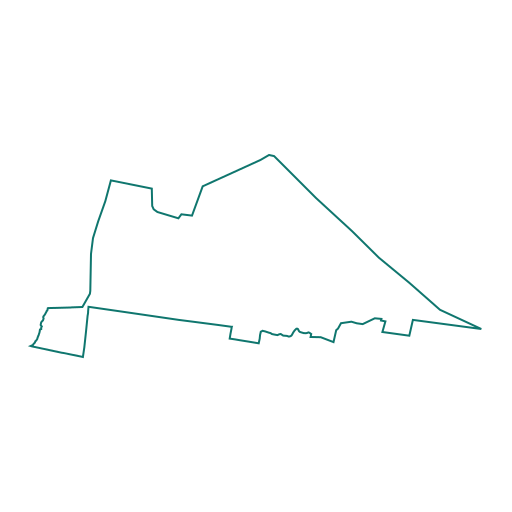 outline of Santa María Coyotepec, Oaxaca, Mexico
{"feature_id": "50627088B52914360802824", "entity_name": "Santa María Coyotepec", "entity_type": "district", "adm_level": 2, "iso_a3": "MEX", "parent_name": "Mexico", "parent_adm1": "Oaxaca", "projection": "mercator", "projection_center": [-96.717, 16.972], "detail": "fine", "context": "isolated", "style": "outline", "palette": "teal", "viewbox_px": 512, "rotation_deg": 0, "n_neighbors": 0, "source": "geoboundaries", "source_scale": "gbopen_adm2", "svg_char_len": 2181}
<svg xmlns="http://www.w3.org/2000/svg" viewBox="0 0 512 512"><path d="M84.3,347.5L86.0,331.7L87.6,315.7L87.9,314.1L88.0,313.2L88.1,312.5L88.1,311.5L88.5,306.8L95.5,307.8L124.6,312.0L178.8,319.9L192.9,321.7L217.6,324.9L231.5,326.8L231.8,326.8L231.7,327.1L231.4,329.1L230.5,333.7L229.7,338.6L235.1,339.4L239.7,340.2L248.5,341.6L258.7,343.3L259.7,338.7L259.8,337.5L260.0,335.7L260.0,335.3L260.8,331.7L261.5,331.4L262.4,330.9L262.5,330.8L264.7,331.3L265.1,331.4L266.6,331.9L269.0,332.7L270.6,333.1L271.4,333.7L271.6,333.9L272.2,334.1L274.1,334.5L275.7,334.8L277.5,335.1L279.2,334.3L280.7,334.0L283.2,335.6L286.9,335.9L288.9,336.6L290.5,336.2L290.8,336.0L291.4,335.6L292.1,334.6L292.5,333.8L293.2,332.5L294.6,330.5L296.3,328.8L297.0,328.6L298.0,329.1L298.4,330.0L299.0,331.1L299.7,331.8L300.4,332.1L301.0,332.3L303.7,333.1L305.9,333.2L307.0,333.0L308.4,332.4L309.3,332.7L311.2,334.0L310.6,337.0L320.7,337.2L333.5,342.1L336.2,330.2L338.0,328.6L341.0,323.2L351.4,321.7L356.8,323.3L362.7,324.1L374.8,318.3L381.4,318.9L381.0,320.5L385.4,321.4L382.4,332.0L409.3,335.7L412.9,319.9L481.3,329.0L440.0,309.8L409.3,282.8L378.9,257.7L352.1,231.2L316.1,198.1L274.1,156.1L269.0,155.0L263.7,158.1L260.6,159.9L202.7,186.3L199.2,195.9L192.0,215.6L181.4,214.3L178.4,218.3L157.4,212.0L153.7,209.3L152.2,206.0L151.8,188.6L110.9,180.4L105.3,201.2L98.2,221.3L93.0,238.1L91.0,253.9L90.3,290.9L89.9,293.8L82.4,307.0L71.3,307.4L70.7,307.5L56.0,307.9L51.1,308.0L48.0,308.1L47.8,308.2L47.6,309.1L47.5,309.8L47.3,310.5L46.6,311.1L46.4,311.7L46.1,312.4L45.7,313.0L45.4,313.6L45.1,314.2L44.6,314.9L44.1,315.6L43.5,316.3L43.2,317.1L43.4,317.8L43.6,318.6L43.3,319.3L43.1,320.0L42.8,320.6L42.1,321.2L41.6,321.8L41.2,322.4L41.0,323.1L40.9,323.9L40.7,324.5L40.8,325.4L41.8,326.4L41.5,327.0L41.2,327.7L41.2,328.4L41.2,329.1L40.0,329.5L39.8,330.3L39.8,331.0L39.6,331.8L39.5,332.4L39.3,333.1L39.0,333.9L38.8,334.6L38.6,335.3L38.2,335.9L38.1,336.6L37.7,337.2L37.5,338.0L37.3,338.8L37.1,339.2L36.6,339.9L36.2,340.6L35.4,341.2L35.1,341.9L34.9,342.6L34.3,343.2L33.7,343.7L33.3,344.4L32.9,345.0L30.7,346.0L32.0,346.4L62.0,352.8L63.0,352.9L81.2,356.6L82.9,357.0L84.3,347.5Z" fill="none" stroke="#0f766e" stroke-width="2"/></svg>